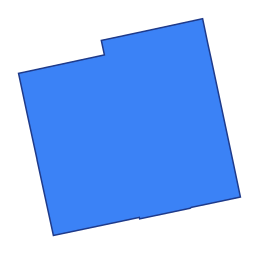 Eddy, New Mexico, United States of America, rotated 258°
{"feature_id": "52423323B75257919011753", "entity_name": "Eddy", "entity_type": "district", "adm_level": 2, "iso_a3": "USA", "parent_name": "United States of America", "parent_adm1": "New Mexico", "projection": "natural_earth1", "projection_center": [-104.354, 32.483], "detail": "fine", "context": "isolated", "style": "filled", "palette": "blue", "viewbox_px": 256, "rotation_deg": 258, "n_neighbors": 0, "source": "geoboundaries", "source_scale": "gbopen_adm2", "svg_char_len": 453}
<svg xmlns="http://www.w3.org/2000/svg" viewBox="0 0 256 256"><g transform="rotate(258 128 128)"><path d="M36.7,120.5L36.7,127.7L36.6,172.1L37.2,173.5L37.1,223.6L70.2,223.7L70.6,223.7L88.3,223.7L121.1,223.7L170.5,223.7L177.7,223.7L194.6,223.6L215.2,223.7L219.4,223.7L219.2,153.7L219.2,120.1L204.4,120.1L204.2,32.3L166.1,32.3L116.4,32.5L115.8,32.4L85.4,32.5L38.4,32.7L38.2,120.5L36.7,120.5Z" fill="#3b82f6" stroke="#1e3a8a" stroke-width="1.5"/></g></svg>